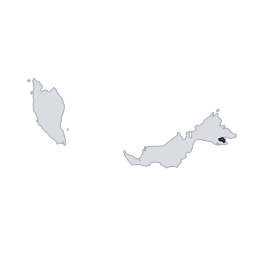 Kunak, Sabah, Malaysia (highlighted), rotated 11°
{"feature_id": "92858781B10132292463184", "entity_name": "Kunak", "entity_type": "district", "adm_level": 2, "iso_a3": "MYS", "parent_name": "Malaysia", "parent_adm1": "Sabah", "projection": "albers", "projection_center": [118.158, 4.693], "detail": "fine", "context": "in_parent", "style": "filled", "palette": "slate", "viewbox_px": 256, "rotation_deg": 11, "n_neighbors": 0, "source": "geoboundaries", "source_scale": "gbopen_adm2", "svg_char_len": 4928}
<svg xmlns="http://www.w3.org/2000/svg" viewBox="0 0 256 256"><g transform="rotate(11 128 128)"><path d="M217.3,127.5L215.9,127.3L214.0,126.1L212.1,125.7L206.4,125.7L205.6,125.3L204.5,126.0L202.5,125.4L201.4,125.5L200.2,126.2L198.4,125.5L197.5,126.6L196.4,127.2L195.2,130.1L194.9,133.4L195.1,135.5L194.5,136.6L194.3,139.0L193.9,140.0L192.3,140.5L191.6,140.1L190.1,141.6L189.8,142.2L189.7,144.5L190.8,145.2L190.8,145.7L188.5,147.6L186.4,148.7L186.1,149.7L186.9,151.7L186.6,152.6L185.5,153.1L184.7,155.7L183.7,157.3L183.4,157.5L182.0,156.9L176.6,157.6L175.0,159.0L173.5,159.8L172.3,159.0L171.7,159.1L166.7,157.6L166.5,156.3L166.0,156.1L160.8,156.2L157.6,157.5L156.4,160.7L154.6,161.0L153.4,162.1L151.1,162.0L149.8,162.3L147.6,161.7L145.5,161.6L138.9,163.6L136.8,162.1L130.5,156.2L129.6,155.2L129.4,153.4L128.7,153.1L128.4,152.6L128.3,152.1L129.3,150.7L130.3,152.5L131.9,153.6L134.7,154.4L137.3,154.2L140.9,156.1L142.0,156.4L143.3,156.3L145.5,157.8L146.9,157.8L145.1,156.8L144.8,156.0L145.0,155.2L146.2,154.0L146.4,152.2L147.3,150.5L147.5,149.6L146.8,149.0L146.7,147.9L147.2,146.3L148.4,147.1L149.5,147.0L149.5,144.2L150.3,143.0L151.5,142.2L163.8,139.5L165.9,138.8L167.2,138.0L171.7,132.1L177.0,126.6L177.7,124.6L177.7,123.3L178.0,122.9L178.6,122.7L179.7,123.5L180.3,124.0L181.4,126.4L182.5,126.5L184.2,128.8L184.6,129.1L185.1,128.9L186.4,127.5L186.8,126.4L186.5,126.2L187.1,125.0L186.6,124.2L186.1,121.4L189.2,119.4L189.2,121.7L190.1,125.0L191.6,125.5L192.4,125.3L192.0,124.3L191.9,122.3L191.4,121.1L190.5,119.4L193.1,119.0L195.0,117.3L195.4,116.2L194.1,115.5L193.6,114.7L193.6,113.7L195.6,111.6L195.8,112.2L197.1,112.4L197.7,112.4L198.6,111.5L199.1,110.3L200.6,108.6L201.5,105.8L205.4,101.5L208.5,96.3L209.2,96.8L209.4,98.2L208.7,100.6L210.0,100.0L212.4,96.6L213.8,97.1L213.7,98.1L214.2,99.8L218.1,102.1L218.6,104.3L217.8,105.1L218.1,107.3L217.8,108.0L216.5,108.6L220.0,108.0L222.0,106.7L223.3,108.8L221.3,109.7L221.7,110.6L223.6,110.0L224.7,109.3L225.9,109.4L227.7,110.3L228.2,110.8L228.5,111.8L229.8,112.2L232.5,113.6L235.0,113.6L235.8,114.3L235.8,116.2L234.5,117.2L229.4,118.8L228.1,118.7L226.2,118.2L224.9,118.5L224.0,120.3L225.6,122.0L228.2,123.9L228.6,124.3L228.0,125.2L222.1,126.7L220.8,126.5L218.6,125.6L217.3,127.5ZM25.4,99.9L26.1,97.3L27.0,97.2L27.9,98.7L31.0,99.9L32.0,99.6L32.4,99.8L32.8,100.2L33.6,102.2L35.6,102.3L35.8,105.5L34.8,106.7L34.7,107.5L36.1,109.0L37.0,108.7L37.7,107.4L41.0,106.2L42.4,107.6L43.6,107.6L44.5,107.2L45.2,105.5L46.6,104.2L47.1,102.6L49.0,103.1L49.7,103.4L51.8,106.9L54.6,109.4L56.6,110.7L57.9,112.1L61.3,118.3L61.6,120.3L61.7,123.4L61.1,128.0L60.4,130.3L60.5,131.3L61.4,133.0L61.1,134.6L61.1,139.5L62.1,141.3L65.1,143.5L69.4,153.1L70.1,155.8L69.7,156.8L68.9,157.0L68.2,156.5L67.8,155.2L66.8,154.1L66.8,156.0L64.9,155.7L63.6,156.0L61.9,157.2L61.2,157.2L59.8,154.8L54.8,152.0L52.9,151.3L51.0,149.1L46.6,146.8L43.8,144.5L42.7,143.1L39.8,141.8L38.6,140.3L37.4,139.5L38.1,138.1L37.5,135.4L35.5,133.0L34.6,131.3L32.7,129.5L31.3,127.4L32.2,126.8L30.7,124.5L30.3,122.9L30.3,119.8L28.9,115.4L27.7,109.4L28.0,107.3L27.7,105.0L25.4,99.9ZM212.6,94.4L211.9,95.0L211.7,93.4L212.6,92.5L213.9,92.4L213.9,93.8L213.6,94.2L212.6,94.4ZM22.4,99.5L23.2,100.7L22.6,101.4L22.1,101.2L21.2,101.7L20.3,100.6L20.2,100.0L21.3,100.1L22.4,99.5ZM148.9,146.6L148.5,146.7L148.0,146.3L147.9,143.0L148.3,142.7L148.8,143.3L148.9,146.6ZM27.5,111.3L26.6,112.9L25.8,112.7L26.0,110.9L26.5,110.7L27.5,111.3ZM220.7,127.4L219.2,127.6L218.1,127.6L218.3,126.7L218.8,126.5L220.7,127.4ZM69.7,141.9L68.8,141.9L68.7,141.5L69.3,140.4L69.7,141.9ZM37.7,138.4L37.1,138.6L37.2,137.9L37.6,137.5L37.7,138.4Z" fill="#d9dde1" stroke="#a8b0b8" stroke-width="1"/><path d="M220.0,122.5L220.2,122.8L220.3,122.8L220.5,122.8L220.5,122.7L220.8,122.6L221.0,122.5L221.0,122.4L221.3,122.3L221.5,122.5L221.8,122.7L222.0,122.6L222.3,122.5L222.5,122.6L222.8,122.6L223.0,122.7L223.1,122.8L223.2,122.7L223.3,122.7L223.3,122.8L223.5,122.8L223.8,122.8L224.0,123.0L224.3,123.0L224.5,123.2L224.5,123.3L224.6,123.5L224.6,123.8L224.8,123.8L224.8,123.7L224.7,123.5L224.7,123.4L224.8,123.4L225.0,123.3L225.0,123.2L225.3,123.0L225.3,122.9L225.5,122.8L225.5,122.7L225.4,122.5L225.3,122.4L225.3,122.2L225.2,122.2L224.9,122.1L224.9,121.9L224.7,121.8L224.7,121.7L224.5,121.4L224.4,121.4L224.3,121.2L224.2,121.1L224.2,120.9L224.2,120.7L224.0,120.4L223.9,120.4L223.8,120.2L223.7,120.1L223.5,119.9L223.4,119.8L223.3,119.7L223.2,119.6L222.8,119.6L222.5,119.6L222.1,119.7L221.9,119.9L221.9,120.1L221.7,120.2L221.6,120.3L221.5,120.6L221.5,120.8L221.2,120.8L220.9,120.7L220.7,120.7L220.6,120.8L220.4,121.0L220.2,121.0L219.7,121.2L219.4,121.1L219.1,121.0L219.3,121.2L219.3,121.3L219.5,121.4L219.5,121.6L219.6,121.9L219.7,122.0L219.8,122.1L220.0,122.4L220.0,122.5L220.0,122.5ZM225.6,120.6L225.4,120.5L225.5,120.6L225.6,120.6ZM225.2,120.7L225.2,120.8L225.2,120.7L225.2,120.7ZM225.4,120.8L225.4,120.7L225.4,120.8L225.4,120.8Z" fill="#64748b" stroke="#1e293b" stroke-width="1.5"/></g></svg>